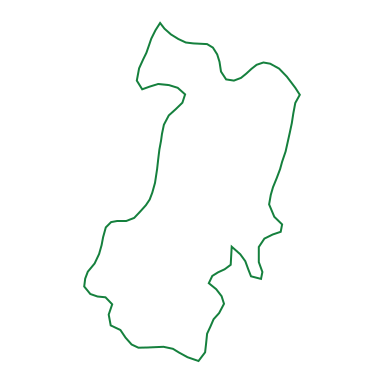 Fama, Minas Gerais, Brazil (Natural Earth projection)
{"feature_id": "56859067B48814730172569", "entity_name": "Fama", "entity_type": "district", "adm_level": 2, "iso_a3": "BRA", "parent_name": "Brazil", "parent_adm1": "Minas Gerais", "projection": "natural_earth1", "projection_center": [-45.815, -21.463], "detail": "fine", "context": "isolated", "style": "outline", "palette": "green", "viewbox_px": 384, "rotation_deg": 0, "n_neighbors": 0, "source": "geoboundaries", "source_scale": "gbopen_adm2", "svg_char_len": 1512}
<svg xmlns="http://www.w3.org/2000/svg" viewBox="0 0 384 384"><path d="M110.7,325.4L120.4,330.0L125.5,337.6L131.6,344.5L138.4,347.7L147.5,347.5L163.5,346.8L172.9,348.8L179.1,352.6L187.5,357.2L198.5,361.0L205.1,352.3L206.1,343.5L207.1,333.7L210.4,326.6L213.6,319.2L219.1,313.1L224.0,303.8L221.6,296.2L216.2,289.2L208.8,283.2L212.3,275.9L218.1,272.3L224.6,269.3L230.7,264.8L231.7,246.7L240.3,254.3L245.3,261.2L248.1,268.9L251.0,276.3L261.0,278.9L262.4,272.0L258.8,262.1L258.8,247.0L264.4,238.6L272.7,234.5L280.7,231.8L282.1,224.4L274.3,216.8L269.1,204.4L270.8,194.8L273.0,187.2L276.8,177.9L280.1,169.1L282.1,161.8L285.6,151.5L287.9,141.2L289.8,132.6L291.8,123.2L293.3,113.5L295.3,102.9L299.8,94.8L295.3,87.8L286.9,76.7L279.1,68.6L270.2,63.7L263.4,62.5L256.6,64.8L251.4,68.9L246.3,73.6L241.0,77.9L233.9,80.6L226.1,79.4L221.0,71.6L219.5,61.8L217.2,54.4L212.9,47.6L207.1,44.1L193.3,43.4L185.8,42.5L178.3,39.0L170.9,34.4L164.5,28.7L160.1,23.0L155.5,30.2L151.3,38.6L149.0,45.3L146.4,52.8L143.3,59.1L139.1,68.3L136.8,80.6L142.2,89.3L149.7,86.6L158.1,84.0L169.0,85.1L177.7,87.8L185.1,94.4L182.4,102.7L175.6,109.3L168.8,115.4L163.9,124.7L162.0,133.8L161.0,140.9L159.4,149.5L158.3,158.4L157.1,169.1L155.0,182.9L152.3,192.6L149.7,199.5L145.9,205.2L140.7,211.0L134.2,217.9L126.2,221.0L117.1,221.0L111.1,222.1L105.8,227.4L103.1,237.2L101.6,245.1L99.1,254.0L94.6,263.5L87.8,271.7L85.2,278.6L84.2,286.5L90.3,294.0L97.5,296.5L105.5,297.3L112.2,304.3L108.7,314.6L110.7,325.4Z" fill="none" stroke="#15803d" stroke-width="2"/></svg>